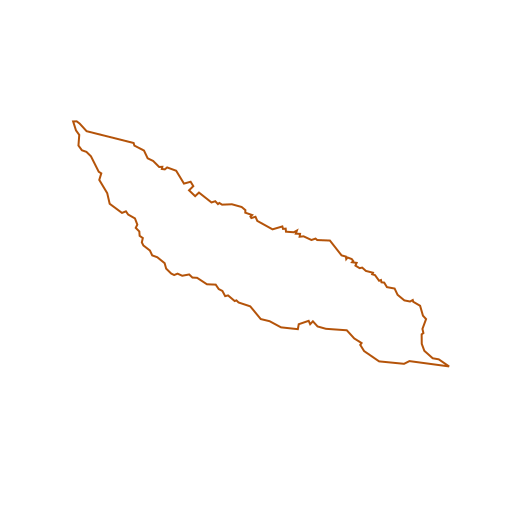 Campos de Júlio, Mato Grosso, Brazil (Robinson projection), rotated 293°
{"feature_id": "56859067B17254168333074", "entity_name": "Campos de Júlio", "entity_type": "district", "adm_level": 2, "iso_a3": "BRA", "parent_name": "Brazil", "parent_adm1": "Mato Grosso", "projection": "robinson", "projection_center": [-59.168, -13.576], "detail": "medium", "context": "isolated", "style": "outline", "palette": "amber", "viewbox_px": 512, "rotation_deg": 293, "n_neighbors": 0, "source": "geoboundaries", "source_scale": "gbopen_adm2", "svg_char_len": 1951}
<svg xmlns="http://www.w3.org/2000/svg" viewBox="0 0 512 512"><g transform="rotate(293 256 256)"><path d="M285.3,356.1L286.0,351.3L289.0,351.3L287.8,346.9L289.4,347.4L290.6,345.3L290.4,340.9L288.4,340.3L290.6,339.0L290.0,334.5L299.1,318.0L294.6,306.1L295.3,304.0L292.4,300.8L292.7,292.1L290.8,288.6L293.6,287.9L292.1,283.9L295.4,283.7L292.6,281.5L290.1,274.1L292.8,272.6L291.5,270.3L293.5,268.7L287.0,260.8L288.8,243.5L291.9,240.2L289.1,236.9L290.1,235.5L292.2,236.4L291.7,229.2L294.1,228.3L295.5,223.6L294.2,213.6L290.0,204.7L290.5,201.5L288.9,200.7L290.5,197.1L287.9,194.1L292.1,178.7L287.3,176.6L290.3,168.7L295.8,171.0L298.8,166.8L294.5,161.4L303.3,149.2L302.8,139.6L300.1,138.2L299.3,135.3L301.5,134.9L300.1,132.1L303.3,124.2L303.6,118.1L309.3,111.7L310.1,100.9L312.2,99.2L304.7,51.3L309.0,41.9L309.9,38.3L308.4,35.1L301.3,41.2L298.4,46.0L288.3,49.4L285.3,54.4L285.6,59.2L283.3,65.1L272.1,78.3L271.6,81.3L264.8,82.0L255.7,94.5L246.9,100.9L243.3,115.8L246.3,118.8L244.2,122.1L243.3,129.9L238.5,134.5L234.9,134.3L233.0,139.0L229.1,141.0L228.3,144.8L223.9,145.6L221.7,148.2L219.6,156.2L216.0,160.2L216.3,165.6L213.7,174.7L209.3,178.2L206.7,184.8L206.5,188.1L209.1,190.7L209.0,195.8L212.9,201.7L211.3,205.9L212.9,210.3L210.8,221.9L213.9,230.1L211.0,234.6L210.7,238.7L207.0,243.3L208.8,245.7L206.2,254.0L207.5,255.3L206.4,258.1L207.4,270.4L199.8,285.0L201.3,294.0L200.1,306.9L205.0,323.1L209.9,322.0L216.9,329.8L214.4,332.5L218.1,333.9L215.2,340.2L216.3,348.8L223.1,368.6L218.5,378.6L217.1,387.2L214.9,386.7L210.7,392.7L207.1,410.5L214.6,434.4L219.2,438.3L229.8,476.9L232.3,464.6L230.9,458.6L234.5,448.0L239.9,442.9L248.6,439.1L250.5,440.2L253.9,437.7L264.4,437.2L266.3,433.0L274.3,426.5L275.3,418.6L276.7,417.5L274.3,415.6L273.1,409.9L275.6,401.5L280.2,396.3L278.5,388.7L281.6,384.4L280.8,381.8L282.7,380.4L281.3,379.0L284.9,373.0L284.6,370.1L286.3,370.2L285.2,363.0L286.8,358.3L285.3,356.1Z" fill="none" stroke="#b45309" stroke-width="2"/></g></svg>